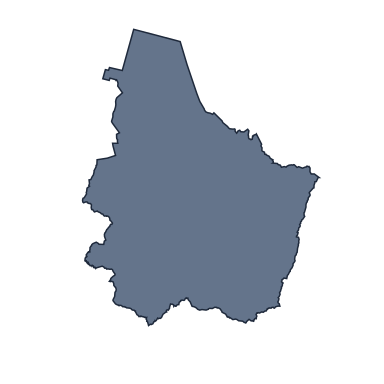 Nyabihu, Western, Rwanda (Robinson projection), rotated 17°
{"feature_id": "39286606B61881490568352", "entity_name": "Nyabihu", "entity_type": "district", "adm_level": 2, "iso_a3": "RWA", "parent_name": "Rwanda", "parent_adm1": "Western", "projection": "robinson", "projection_center": [29.504, -1.642], "detail": "fine", "context": "isolated", "style": "filled", "palette": "slate", "viewbox_px": 384, "rotation_deg": 17, "n_neighbors": 0, "source": "geoboundaries", "source_scale": "gbopen_adm2", "svg_char_len": 6096}
<svg xmlns="http://www.w3.org/2000/svg" viewBox="0 0 384 384"><g transform="rotate(17 192 192)"><path d="M122.7,292.5L127.8,289.2L129.6,289.5L130.7,290.4L132.0,290.0L133.0,290.7L134.1,290.1L136.2,289.9L137.3,289.3L138.6,289.5L139.8,291.0L142.4,293.0L142.5,294.2L141.2,295.7L139.7,298.3L139.7,300.0L139.1,301.6L140.4,301.5L141.1,300.9L142.8,301.0L144.0,302.6L144.5,304.1L146.0,305.3L146.7,305.4L148.0,307.2L148.2,309.0L147.7,310.4L148.6,314.6L148.0,317.9L148.2,319.0L151.6,321.4L153.8,321.8L154.4,321.6L155.5,322.1L156.1,321.4L157.5,321.2L159.6,322.0L160.5,321.4L161.7,321.7L162.1,321.4L163.2,321.9L166.4,321.3L167.7,321.4L169.3,322.3L171.4,322.0L172.0,322.5L172.7,322.4L172.8,323.0L173.5,323.6L175.2,325.4L176.5,325.7L177.8,326.7L179.0,325.8L179.5,326.1L179.8,325.6L182.0,325.7L182.3,325.4L183.5,325.8L184.2,325.4L184.6,325.8L185.3,325.3L185.4,327.1L186.4,327.9L186.5,328.9L187.5,329.2L189.5,332.4L190.7,330.8L191.2,330.5L191.7,330.7L193.1,329.5L193.5,327.2L194.4,326.6L194.2,325.8L194.9,325.9L195.3,325.5L196.1,322.6L197.0,323.0L197.8,322.2L198.7,322.1L199.5,321.0L200.0,317.4L202.1,314.5L202.8,314.2L202.2,313.3L202.5,312.9L202.3,312.4L203.5,311.5L203.9,311.8L204.1,311.4L204.5,309.6L204.2,308.7L204.2,305.4L204.8,305.5L205.7,305.0L207.1,305.2L208.0,306.6L208.2,305.7L208.9,305.6L209.5,306.1L210.3,305.7L210.5,304.7L211.4,303.8L212.3,303.6L212.0,301.1L213.1,299.9L212.9,299.1L214.1,298.3L216.0,298.0L216.5,297.5L216.7,296.0L217.4,294.9L218.3,295.4L219.0,294.7L220.0,296.2L222.3,297.5L225.5,301.3L227.8,301.1L230.1,301.6L231.7,302.5L233.9,302.7L235.9,301.5L240.0,300.8L241.9,299.4L241.9,298.9L242.9,298.1L245.5,297.5L247.4,295.6L249.4,295.1L250.0,295.6L251.0,295.1L253.0,295.5L255.4,297.4L255.9,298.2L259.9,298.9L262.3,301.2L262.7,300.8L263.2,301.1L263.9,300.8L264.7,301.5L265.3,301.1L268.4,302.1L270.8,300.8L272.3,300.8L274.2,301.5L278.3,300.7L280.1,301.5L280.6,301.3L281.5,301.6L281.9,301.3L282.1,299.9L283.8,297.1L286.3,298.0L287.2,297.6L288.6,297.7L288.8,297.4L288.3,296.7L289.1,295.8L289.0,295.1L289.6,294.3L290.5,294.3L290.2,293.1L290.3,291.7L289.1,290.5L289.4,288.7L289.8,288.4L290.3,288.6L290.7,288.0L292.0,288.0L293.7,286.3L295.3,286.2L296.5,284.6L297.8,284.0L298.1,281.9L298.6,281.9L298.8,281.0L299.6,280.7L299.7,280.2L301.6,280.0L301.9,279.2L303.3,278.5L304.1,279.0L304.9,278.9L305.4,277.4L307.5,276.0L309.4,275.5L308.1,273.4L306.6,272.7L306.2,271.5L306.5,271.0L306.4,268.7L305.3,267.8L305.9,266.5L306.1,264.5L306.1,263.9L305.2,262.8L305.7,260.5L305.5,259.7L305.7,257.9L305.2,256.6L305.6,256.3L305.7,254.7L305.3,253.5L305.7,252.8L305.6,252.3L304.0,251.9L303.7,251.2L304.0,250.7L303.7,249.4L304.5,248.7L305.1,247.4L307.9,247.1L307.6,243.9L308.2,242.6L308.6,239.8L309.1,239.3L308.8,237.7L309.8,235.3L310.1,232.6L309.6,231.1L310.6,228.4L310.6,227.5L309.8,226.3L309.3,223.2L310.0,221.6L309.8,219.9L310.2,219.1L309.4,215.0L309.3,211.6L308.9,210.9L309.1,209.4L308.4,207.7L308.3,206.0L307.1,204.2L305.0,204.4L304.9,203.4L305.4,202.5L305.4,200.4L305.3,199.8L304.4,199.8L304.4,198.7L305.0,197.3L304.6,195.1L305.4,193.6L305.3,192.6L304.4,191.5L305.1,190.3L304.6,188.9L305.2,188.0L305.2,186.4L305.8,185.9L306.9,182.3L306.1,181.7L305.2,179.1L305.5,178.4L305.4,173.1L304.7,170.9L304.6,168.8L305.1,167.7L304.8,166.6L305.3,165.5L304.9,163.6L305.9,160.9L305.5,159.6L304.5,158.8L304.3,158.2L306.7,152.9L307.4,152.4L306.7,149.8L306.8,147.5L306.5,146.3L307.8,145.7L308.4,141.3L309.3,141.0L303.7,139.0L300.7,139.9L298.9,138.1L297.9,134.6L296.4,133.4L296.1,133.8L294.4,133.6L293.9,134.7L293.1,135.0L290.7,136.9L286.6,136.6L285.3,137.8L281.9,136.1L281.1,136.2L280.6,136.8L279.4,136.9L276.9,138.0L275.2,139.7L274.7,140.7L272.8,140.7L270.3,142.2L268.6,140.5L266.5,140.6L265.3,139.8L260.9,140.7L261.2,140.4L260.7,138.9L259.7,138.2L260.0,137.6L257.0,136.9L255.4,135.3L252.2,134.8L251.8,134.3L250.6,134.6L249.6,132.7L247.4,132.4L246.7,131.9L246.0,129.2L244.9,128.3L244.4,127.2L244.6,126.0L236.7,117.8L236.6,118.5L235.9,118.4L234.6,119.6L234.1,121.0L233.8,120.5L233.6,120.8L234.2,123.9L233.1,124.7L232.8,124.3L231.2,124.5L230.3,123.7L229.6,121.7L229.1,121.2L228.5,116.9L226.9,115.7L224.1,119.4L221.0,120.1L219.6,119.0L219.2,119.2L217.9,120.6L218.1,121.1L217.5,122.7L215.4,121.2L215.0,119.7L214.4,119.2L212.8,119.9L209.6,120.5L208.2,120.0L206.9,119.0L201.1,116.6L200.1,115.3L189.8,109.9L189.0,111.7L186.3,111.3L183.8,111.6L181.7,111.3L179.9,109.9L179.5,109.1L173.0,103.1L167.8,96.4L150.0,71.6L136.7,51.6L88.7,53.5L89.8,96.2L76.7,97.1L76.6,100.0L73.4,100.3L73.6,109.8L80.2,109.5L80.3,107.1L86.3,106.9L86.6,107.4L87.1,106.8L88.8,108.5L89.5,109.8L90.0,112.4L96.5,117.5L92.6,123.7L92.3,125.5L92.5,127.8L93.6,130.6L94.0,133.1L94.0,137.4L93.6,137.9L93.5,140.3L94.4,143.4L94.4,147.6L94.6,148.3L96.0,149.6L105.3,156.6L103.0,158.9L104.0,162.0L104.5,163.1L105.6,163.8L105.7,165.0L106.8,167.1L101.8,168.6L103.2,171.4L108.2,179.4L101.1,184.4L91.8,188.9L93.0,193.5L93.0,194.2L92.5,194.6L92.9,196.1L92.1,200.5L92.5,201.2L92.7,204.7L92.1,206.3L91.6,209.7L90.0,210.5L91.5,214.0L91.4,215.9L92.3,216.4L90.5,219.0L91.1,222.3L91.0,223.4L91.7,224.7L90.6,229.0L89.6,229.9L89.7,231.8L90.5,233.5L91.5,234.0L93.5,232.4L95.0,232.3L95.2,232.9L96.9,233.1L98.3,232.7L99.6,233.7L100.2,236.5L101.2,238.1L102.2,237.9L104.5,239.6L107.0,237.9L108.0,238.4L110.4,238.6L111.8,239.4L113.2,239.2L114.4,240.3L115.4,240.6L117.0,239.9L117.3,240.2L118.3,239.7L119.4,239.9L120.7,240.8L121.9,243.1L123.1,243.5L125.0,245.0L124.8,246.4L123.8,246.6L123.3,247.9L123.5,249.1L122.6,250.0L122.0,252.2L121.5,252.7L121.0,256.1L120.7,256.4L120.6,258.1L121.3,260.0L123.6,263.2L122.5,264.7L122.9,267.9L118.3,269.2L117.6,268.6L115.1,268.0L112.4,270.3L111.6,271.5L111.6,272.9L111.1,273.4L110.7,275.3L111.2,276.3L111.3,278.0L111.8,279.1L110.6,279.4L110.7,280.0L110.1,280.2L109.2,283.2L110.4,284.4L110.2,285.0L109.5,285.2L109.2,286.5L109.7,289.1L110.5,289.3L110.6,288.7L111.0,288.6L111.3,289.5L112.5,290.5L112.6,289.5L112.9,289.4L113.4,289.7L114.0,291.3L114.9,291.6L115.0,291.3L116.2,292.3L117.3,291.7L118.0,292.3L118.2,291.3L119.4,291.6L120.1,292.9L120.7,292.5L121.3,292.9L121.6,292.5L122.3,293.3L122.7,292.5Z" fill="#64748b" stroke="#1e293b" stroke-width="1.5"/></g></svg>